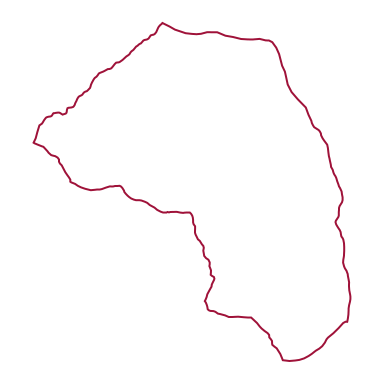 the district of Tsamang, Mongar, Bhutan
{"feature_id": "84629894B64921010136115", "entity_name": "Tsamang", "entity_type": "district", "adm_level": 2, "iso_a3": "BTN", "parent_name": "Bhutan", "parent_adm1": "Mongar", "projection": "mercator", "projection_center": [91.133, 27.369], "detail": "fine", "context": "isolated", "style": "outline", "palette": "rose", "viewbox_px": 384, "rotation_deg": 0, "n_neighbors": 0, "source": "geoboundaries", "source_scale": "gbopen_adm2", "svg_char_len": 4501}
<svg xmlns="http://www.w3.org/2000/svg" viewBox="0 0 384 384"><path d="M349.5,291.4L349.3,290.5L349.0,286.5L349.0,284.7L349.1,282.3L348.6,279.5L347.9,275.9L347.7,274.0L347.0,272.2L346.5,270.8L344.9,268.3L344.1,266.4L343.1,262.7L343.3,259.8L343.8,257.0L344.0,255.5L344.0,254.8L344.2,251.0L344.2,247.0L344.0,243.2L343.3,239.6L342.6,238.1L341.4,236.5L341.0,234.7L340.6,232.0L339.7,230.0L338.2,227.8L336.6,225.2L336.1,224.2L335.5,222.1L335.9,220.7L337.1,218.9L338.4,216.9L338.8,215.5L338.8,214.1L338.8,212.0L339.0,209.9L339.0,208.0L339.6,206.1L340.8,204.2L342.0,202.3L342.6,200.1L342.6,197.3L342.0,194.4L341.6,191.5L340.0,188.0L339.0,186.4L338.4,184.4L337.2,181.2L336.3,178.1L335.5,176.3L334.3,174.5L333.5,172.7L332.7,169.8L331.1,167.0L330.8,164.6L329.9,160.6L329.5,158.5L328.9,156.2L328.4,152.5L327.9,148.0L327.2,144.7L324.0,140.4L322.6,138.3L321.1,135.3L320.9,133.5L319.8,131.4L318.6,130.0L317.0,129.0L314.2,127.2L313.1,125.5L311.9,123.1L311.3,120.7L308.5,114.8L305.8,107.5L297.8,99.3L291.6,92.1L287.7,84.5L286.1,77.0L284.9,71.6L282.1,65.7L279.1,54.1L276.2,47.6L274.8,45.7L272.3,42.2L269.0,40.5L265.7,40.4L259.6,38.9L252.4,39.5L247.8,39.4L241.1,39.0L233.0,37.0L225.4,35.7L217.3,32.3L207.1,32.2L201.0,33.8L196.5,34.2L191.9,33.9L185.6,33.2L174.9,29.6L169.7,26.6L162.4,23.0L161.8,23.8L161.2,24.3L160.4,24.9L159.4,26.0L158.8,26.7L158.1,27.9L157.3,29.7L156.2,32.2L154.7,34.0L153.5,34.7L152.6,34.8L150.7,35.4L149.7,36.9L148.5,38.6L146.9,39.5L144.4,40.0L143.3,40.6L142.3,41.8L140.9,43.4L139.7,43.9L138.6,44.7L137.6,45.7L136.1,46.6L134.8,48.2L133.4,49.9L131.5,51.3L130.6,52.3L129.4,54.3L128.0,55.4L126.4,56.4L122.5,60.0L119.5,62.1L118.5,62.4L117.1,62.5L116.1,62.7L114.7,64.1L112.7,66.7L111.3,68.3L109.6,69.0L107.8,69.1L106.9,69.6L105.3,70.5L104.4,71.0L103.2,71.6L99.9,72.9L98.8,73.5L97.8,75.1L96.5,76.7L94.8,77.9L93.7,79.4L92.0,82.5L91.0,84.7L90.5,86.6L90.0,88.0L89.2,88.8L88.0,90.1L86.8,91.2L85.4,91.6L84.3,92.2L83.1,93.5L82.5,94.5L81.5,95.3L80.7,95.6L79.7,96.1L78.7,96.7L77.6,98.3L76.9,99.7L76.6,100.6L75.8,102.1L75.2,103.3L74.7,104.9L73.7,106.4L73.0,107.0L71.3,107.5L68.4,107.8L67.5,108.2L66.9,110.0L66.8,111.2L66.5,112.7L65.7,113.6L64.1,114.1L62.6,114.6L61.3,113.8L60.1,113.0L59.1,112.6L58.0,112.6L57.1,112.7L55.6,112.9L54.3,113.2L53.5,113.2L53.0,113.7L52.4,114.8L51.8,115.7L51.1,116.2L50.3,116.5L48.6,116.7L47.1,117.1L46.1,117.6L45.4,118.4L44.0,120.3L43.1,121.9L42.0,123.6L39.4,125.4L37.4,131.9L35.7,138.3L33.6,142.7L34.5,143.3L38.1,144.8L42.1,146.4L43.4,146.8L45.8,149.4L47.7,151.5L48.5,152.7L51.2,155.1L52.9,155.6L55.3,156.2L57.6,157.6L59.0,159.5L59.0,161.7L59.9,163.5L61.7,165.3L62.7,167.2L65.3,172.2L67.5,175.4L68.9,177.3L70.3,179.6L70.3,181.7L71.3,182.4L75.1,183.9L77.8,185.8L81.1,187.4L85.2,188.8L90.8,190.2L94.9,189.8L97.3,189.5L99.8,189.5L101.8,189.1L105.9,187.6L109.8,186.4L112.9,186.5L115.1,186.0L117.4,186.0L119.6,185.8L121.0,186.5L122.3,187.9L124.0,190.6L124.3,191.9L125.7,193.7L127.5,195.6L129.1,197.0L131.2,198.5L133.8,199.6L136.0,200.2L137.3,200.2L139.4,200.2L141.4,200.5L145.0,201.8L147.3,202.9L149.7,205.0L154.5,207.6L157.2,209.9L160.7,211.7L163.0,212.5L164.5,212.5L166.5,212.5L167.5,212.0L169.0,212.4L170.2,212.0L174.5,211.9L177.0,211.9L180.4,212.6L183.1,212.9L185.0,212.6L188.0,212.5L189.8,212.5L191.1,213.8L192.2,215.6L192.8,217.5L193.1,219.9L193.1,222.4L193.6,224.2L195.1,226.3L195.1,228.3L195.0,231.0L195.0,232.7L195.6,234.6L196.8,237.0L197.9,239.3L199.8,240.9L201.9,244.3L203.3,245.9L203.8,247.8L203.3,250.7L203.9,254.0L204.2,255.9L206.1,258.2L208.4,259.7L209.7,262.4L209.7,264.2L209.4,266.1L210.4,268.7L211.0,270.4L210.9,272.7L210.7,274.8L211.8,275.8L213.9,277.0L214.4,278.6L214.1,279.8L213.0,282.0L211.8,284.5L211.5,286.7L210.5,288.4L208.7,291.7L207.3,294.3L206.6,297.1L205.6,299.6L204.8,301.1L205.8,302.5L206.7,304.7L207.3,306.7L207.7,309.2L208.7,310.2L210.3,310.9L213.5,311.1L215.4,311.8L217.9,313.6L220.3,314.1L225.1,315.4L228.8,317.0L232.1,317.0L238.1,316.7L243.4,317.2L247.5,317.5L251.1,317.5L257.0,323.0L259.8,326.6L261.6,328.5L264.6,331.0L267.6,333.1L269.1,334.9L269.3,337.4L271.0,339.4L272.0,341.0L272.1,343.5L272.3,344.8L274.4,346.6L276.7,348.3L280.3,354.0L282.0,358.1L282.8,360.2L289.5,361.0L295.2,360.5L299.4,359.9L304.1,358.4L308.6,356.0L311.6,354.0L315.8,350.7L319.3,348.6L322.2,346.2L324.9,342.6L326.5,339.4L328.0,337.6L333.4,333.2L338.6,328.1L343.2,323.0L345.6,321.7L347.2,321.8L347.4,321.0L347.9,318.3L348.4,314.6L348.6,310.1L348.6,308.5L349.1,305.2L350.0,301.6L350.4,299.1L350.4,296.6L350.2,295.0L349.5,291.4Z" fill="none" stroke="#9f1239" stroke-width="2"/></svg>